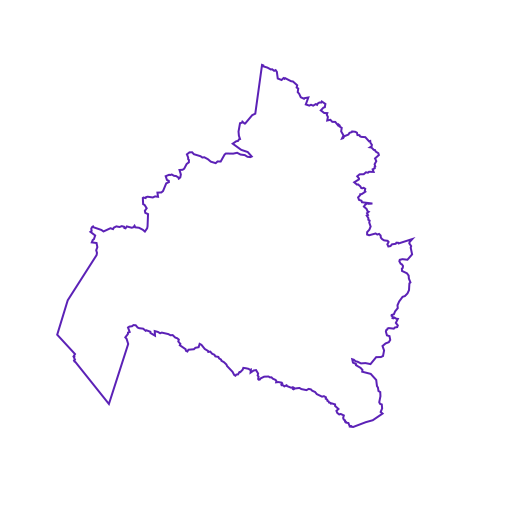 the district of Tinogasta, Catamarca, Argentina, rotated 107°
{"feature_id": "61730980B86901307553736", "entity_name": "Tinogasta", "entity_type": "district", "adm_level": 2, "iso_a3": "ARG", "parent_name": "Argentina", "parent_adm1": "Catamarca", "projection": "natural_earth1", "projection_center": [-68.378, -27.542], "detail": "fine", "context": "isolated", "style": "outline", "palette": "violet", "viewbox_px": 512, "rotation_deg": 107, "n_neighbors": 0, "source": "geoboundaries", "source_scale": "gbopen_adm2", "svg_char_len": 6114}
<svg xmlns="http://www.w3.org/2000/svg" viewBox="0 0 512 512"><g transform="rotate(107 256 256)"><path d="M440.5,353.4L377.5,352.5L373.1,355.5L372.0,357.2L368.1,355.7L366.7,356.0L365.6,354.6L361.8,357.5L360.5,356.4L359.4,354.0L357.9,353.0L357.4,350.8L359.0,348.3L359.2,346.7L358.5,342.7L359.8,339.6L359.1,339.1L359.3,334.9L360.5,334.4L361.7,329.3L357.4,330.9L357.3,327.5L357.9,325.1L356.8,323.7L356.3,317.0L356.8,314.6L356.0,312.6L357.6,309.4L357.7,307.3L358.5,305.4L360.5,305.3L362.2,302.6L363.6,302.8L365.7,296.1L367.1,295.3L367.4,293.7L365.4,293.2L363.3,288.1L361.5,287.1L360.0,284.2L356.5,284.2L356.9,282.2L359.9,277.8L360.8,274.2L361.7,273.6L360.8,271.8L362.3,269.4L362.6,266.9L363.9,265.5L363.5,262.5L364.7,261.4L365.3,259.1L366.3,258.4L366.9,255.6L368.4,252.6L369.7,251.5L373.6,244.6L376.1,242.1L376.5,240.7L375.1,240.1L374.5,238.6L371.8,237.9L371.7,237.1L368.6,235.5L366.7,235.4L366.3,232.9L366.1,230.2L366.6,228.4L366.1,227.7L369.1,227.1L366.2,224.8L365.1,222.6L367.8,219.6L369.8,219.5L370.6,218.3L373.0,218.0L373.5,217.3L373.1,216.3L371.6,215.7L369.0,212.9L367.6,208.8L368.0,207.2L367.5,205.7L368.4,204.1L368.8,201.0L369.7,199.9L370.9,199.8L370.0,197.7L369.6,194.4L370.1,193.7L371.5,194.2L372.1,193.7L371.7,192.1L372.4,190.8L370.7,189.0L371.3,188.4L371.7,183.8L370.7,182.4L370.9,181.5L372.4,181.7L372.5,181.1L371.4,180.2L369.5,175.9L370.0,173.7L369.5,168.5L367.7,166.8L367.5,164.5L368.4,162.9L368.8,159.7L370.3,157.5L371.2,151.7L370.2,150.1L370.7,147.8L372.1,147.6L372.5,145.9L373.6,145.4L373.9,144.0L374.8,143.3L374.7,141.9L375.3,141.1L374.8,140.6L374.8,137.0L376.3,136.5L378.2,132.4L380.6,133.8L382.3,132.4L383.2,130.1L382.3,128.8L382.8,125.4L385.4,125.3L386.8,124.2L387.2,122.7L388.4,122.4L388.4,121.4L389.0,121.1L388.7,118.8L391.1,116.9L390.9,115.7L391.6,115.9L391.1,113.1L382.8,102.4L378.9,96.3L369.7,88.9L368.7,91.2L364.9,90.8L361.2,92.3L361.1,94.2L359.8,95.4L353.7,96.0L349.8,97.4L349.3,99.4L346.2,100.9L345.0,102.3L339.4,104.8L335.2,111.8L335.6,120.6L333.8,120.9L332.4,123.3L331.2,128.4L330.1,128.6L329.6,132.1L326.6,133.8L326.6,132.1L327.6,130.0L327.4,128.0L328.0,124.2L326.4,120.0L325.9,114.9L317.6,111.5L316.1,107.0L314.5,105.3L308.9,105.9L305.1,108.7L301.7,106.5L299.6,103.8L297.0,103.1L293.6,104.9L293.6,107.6L290.3,109.7L288.8,109.8L288.0,109.0L286.9,109.0L286.1,107.9L285.2,103.0L283.8,102.3L282.7,100.2L280.9,100.1L279.1,102.7L274.7,102.0L275.0,103.5L274.4,105.6L275.4,106.3L275.5,107.3L274.1,107.5L273.5,108.9L272.7,109.0L271.4,107.1L268.3,106.8L264.4,105.2L261.7,106.3L257.6,105.8L252.2,103.9L250.8,101.9L247.5,100.2L243.9,99.7L237.3,101.3L236.1,100.6L232.9,103.2L230.1,104.3L228.4,106.6L227.6,112.0L225.5,112.8L224.5,112.2L222.6,112.5L221.4,113.9L221.1,115.4L219.1,117.4L217.6,117.4L216.2,115.0L215.3,110.1L208.8,107.2L202.8,110.5L201.2,110.5L199.1,113.1L197.7,113.2L194.1,111.5L202.3,123.3L201.8,123.9L202.2,125.6L203.5,126.0L205.1,129.4L207.2,130.3L208.2,132.2L206.4,133.8L203.8,133.3L203.0,134.6L203.6,138.1L203.0,140.3L201.9,142.0L200.0,142.8L198.9,144.8L200.0,146.3L199.5,148.2L203.1,153.9L203.0,156.0L200.7,156.7L197.7,155.3L194.3,155.0L190.9,157.5L188.9,157.7L188.5,159.2L186.9,159.6L185.0,161.9L184.1,160.9L182.6,162.4L180.8,161.2L180.6,162.4L178.7,164.0L177.2,167.3L175.3,166.7L173.1,165.1L173.2,163.7L171.8,160.0L173.6,170.4L172.3,171.3L172.2,173.9L170.1,175.5L167.4,174.2L166.5,174.4L165.9,173.0L162.5,170.2L161.9,171.0L159.8,171.2L159.3,173.0L160.2,174.2L160.2,175.3L158.9,176.6L157.7,179.4L158.2,180.3L156.8,183.6L152.7,180.0L151.7,180.2L150.2,182.5L147.6,180.8L146.3,176.9L143.8,175.3L143.6,173.3L142.4,172.5L141.2,168.1L139.0,169.8L137.4,168.1L136.2,168.6L135.6,168.1L133.6,169.4L130.1,168.7L127.9,170.7L123.5,168.0L121.9,169.1L121.1,172.1L119.9,173.2L120.1,174.3L118.5,177.3L118.7,178.7L117.2,177.5L115.8,177.7L114.2,179.7L112.6,180.4L113.3,181.4L110.4,186.2L111.3,190.2L111.1,191.6L110.2,192.4L110.7,194.3L108.6,195.5L108.2,197.3L108.8,200.5L109.5,200.6L110.9,202.6L112.8,203.1L115.7,206.6L117.8,207.1L118.5,208.1L115.1,207.6L111.9,211.0L108.4,211.5L107.8,213.6L106.7,214.1L106.1,215.6L107.1,215.7L104.6,219.4L105.4,222.3L104.0,224.7L105.6,227.5L102.0,227.9L100.2,229.6L98.5,229.6L99.3,232.6L97.8,236.6L94.4,234.9L93.6,233.7L90.3,234.1L89.0,238.3L90.2,238.5L90.7,240.3L92.1,241.5L93.6,241.8L93.2,243.2L95.5,245.3L95.3,247.6L96.6,249.0L96.5,252.7L89.1,252.3L91.0,256.0L91.6,256.1L91.1,259.6L88.2,262.2L87.1,264.0L83.5,264.6L83.0,266.4L80.7,266.5L78.3,271.7L78.6,273.5L77.4,280.2L78.2,280.5L77.8,281.7L80.2,283.0L79.9,287.1L73.8,289.9L72.5,291.6L73.6,292.8L72.7,295.2L73.3,296.3L72.5,300.2L72.5,304.3L71.6,304.7L71.5,306.1L120.1,298.3L122.4,300.8L132.5,305.1L132.7,305.6L131.5,308.3L132.6,308.4L133.7,310.1L142.1,309.1L146.0,307.5L148.8,305.5L149.3,306.3L151.3,306.9L152.0,308.4L155.4,311.1L158.8,301.2L159.0,294.3L162.1,289.2L163.1,290.3L163.6,293.2L162.8,296.2L163.5,300.5L162.8,304.2L164.8,307.8L166.8,314.8L168.2,315.7L176.0,317.4L176.8,320.4L179.0,321.7L179.0,326.8L177.5,330.3L176.7,334.3L177.5,336.1L176.8,338.2L176.8,345.2L175.5,347.4L176.3,349.9L179.0,351.8L181.6,349.7L183.2,349.2L183.8,348.2L186.1,347.6L188.2,349.2L193.5,350.2L195.0,351.4L196.1,354.3L200.0,351.7L202.9,351.4L204.2,352.1L204.6,352.5L203.6,353.2L202.9,355.9L203.3,357.8L202.7,360.4L203.7,361.8L203.7,362.8L206.1,365.7L209.3,363.4L209.6,361.4L210.8,360.9L212.8,363.1L221.1,363.9L222.9,365.1L224.2,368.8L228.0,367.0L228.5,369.9L230.2,371.8L231.0,377.0L231.9,378.4L232.9,378.5L233.0,380.7L233.6,381.2L239.4,379.1L239.8,377.4L242.3,374.5L245.3,375.5L247.1,374.5L247.5,371.5L259.3,368.4L261.3,368.2L265.1,369.4L264.0,371.9L263.2,376.2L263.9,379.8L262.6,381.0L264.3,381.6L265.3,383.1L265.5,388.2L267.7,388.9L267.7,390.1L266.6,390.7L266.7,393.1L268.2,395.0L268.5,398.2L270.4,400.2L272.1,400.6L272.0,403.3L277.1,409.0L276.3,411.5L276.0,419.9L275.4,420.5L276.5,421.3L278.2,421.5L280.0,420.5L281.3,421.4L283.4,415.8L287.2,415.9L288.5,416.8L291.0,417.0L290.2,412.3L293.9,410.3L297.2,410.5L299.5,409.0L301.7,408.7L353.4,423.1L389.4,423.1L402.7,400.4L404.6,400.9L405.2,400.4L405.6,401.0L408.1,398.8L409.1,399.5L410.0,398.7L410.2,397.7L440.5,353.4Z" fill="none" stroke="#5b21b6" stroke-width="2"/></g></svg>